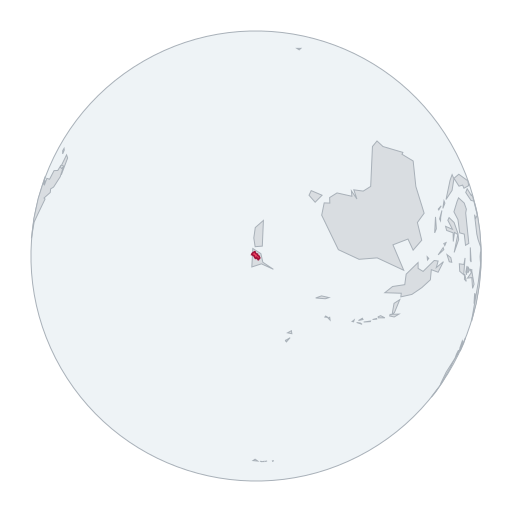 Manawatu-Wanganui highlighted on a globe, orthographic projection, rotated 150°
{"feature_id": "NZL-3334", "entity_name": "Manawatu-Wanganui", "entity_type": "Regional Council", "adm_level": 1, "iso_a3": "NZL", "parent_name": "New Zealand", "parent_adm1": "", "projection": "orthographic", "projection_center": [175.592, -39.627], "detail": "fine", "context": "on_globe", "style": "filled", "palette": "rose", "viewbox_px": 512, "rotation_deg": 150, "n_neighbors": 0, "source": "natural_earth", "source_scale": "10m", "svg_char_len": 5958}
<svg xmlns="http://www.w3.org/2000/svg" viewBox="0 0 512 512"><g transform="rotate(150 256 256)"><circle cx="256" cy="256" r="225" fill="#eef3f6" stroke="#a8b0b8"/><path d="M272.6,166.4L272.9,167.9L272.6,168.1L272.6,166.4ZM401.0,428.4L398.7,430.3L399.7,429.1L404.7,424.2L400.7,426.8L404.1,423.0L398.3,427.8L396.4,425.7L388.2,430.9L384.9,429.2L379.4,432.2L380.9,430.3L380.6,429.0L378.0,429.8L386.0,422.5L396.8,416.9L400.3,416.8L402.4,413.9L410.6,412.2L410.2,410.8L423.8,401.5L431.1,396.4L441.7,383.6L429.5,399.7L415.9,414.7L401.0,428.4ZM358.4,80.5L357.0,77.5L360.9,80.3L358.4,80.5ZM354.1,75.1L355.0,76.2L353.8,75.2L354.1,75.1ZM351.9,74.0L353.5,74.8L351.7,74.2L351.9,74.0ZM348.9,72.9L350.5,73.4L350.3,73.5L348.9,72.9ZM344.2,70.4L342.9,69.8L344.3,69.9L344.2,70.4ZM370.1,435.1L384.1,423.6L377.4,429.9L379.1,431.8L369.5,438.3L370.1,435.1ZM372.4,441.1L370.7,443.9L368.4,445.2L369.1,443.6L372.4,441.1ZM126.9,71.4L125.9,72.4L122.3,75.3L115.5,80.4L120.6,76.0L119.1,77.1L126.9,71.4ZM101.9,91.7L101.5,92.4L95.6,99.4L76.7,122.0L66.2,135.8L64.3,139.1L63.2,139.8L57.1,150.5L55.4,159.4L53.8,164.6L46.1,182.5L46.8,178.9L43.8,180.8L39.9,194.7L42.0,196.6L42.6,206.2L39.5,208.6L39.3,200.7L38.3,201.1L41.0,189.5L42.8,183.1L49.5,166.0L57.5,149.5L66.8,133.8L77.3,118.8L89.0,104.8L101.9,91.7ZM113.3,413.4L115.5,412.9L116.8,415.4L113.3,413.4ZM70.5,206.9L74.7,204.5L74.7,205.5L70.5,206.9ZM66.0,207.3L70.4,203.8L65.6,209.8L66.0,207.3ZM72.2,202.5L76.7,197.2L78.6,194.2L78.5,196.3L72.2,202.5ZM63.2,209.9L50.1,224.5L45.5,228.4L46.0,223.9L53.4,214.8L63.2,209.9ZM45.7,224.3L39.5,225.4L35.0,215.3L36.5,210.6L42.0,210.7L41.6,214.1L45.3,215.0L45.7,224.3ZM62.9,186.6L62.5,195.3L54.7,202.6L51.5,205.1L49.2,197.8L50.4,191.4L52.9,188.4L65.4,160.5L69.2,160.5L64.7,170.8L68.0,174.2L62.9,186.6ZM72.6,145.0L66.1,156.3L72.7,143.2L72.6,145.0ZM77.8,134.4L77.1,137.4L75.9,136.0L77.8,134.4ZM62.2,143.5L59.4,147.5L60.4,145.4L64.5,139.0L62.2,143.5ZM91.0,105.7L87.1,111.7L85.2,114.4L85.8,112.0L91.0,105.7ZM245.6,261.4L252.1,264.5L248.9,272.7L242.4,281.0L231.8,283.1L245.6,261.4ZM175.5,285.0L168.4,275.6L177.9,273.0L179.7,282.1L175.5,285.0ZM250.6,255.6L253.2,247.2L247.6,235.8L255.2,246.5L265.1,248.6L255.0,264.1L250.6,255.6ZM121.9,258.9L100.4,292.6L93.7,295.1L91.3,287.3L77.0,272.3L78.7,271.1L72.4,259.7L82.8,236.3L89.0,209.0L99.5,204.3L104.6,186.8L117.0,182.5L115.9,194.7L131.8,197.2L135.2,169.8L152.0,193.8L168.4,201.6L181.5,220.3L178.7,258.5L170.4,267.9L165.6,264.9L163.0,269.8L154.3,270.1L143.1,259.8L140.8,264.7L140.1,254.9L138.2,264.4L130.7,258.6L121.9,258.9ZM213.6,183.5L217.3,184.3L225.3,189.8L219.2,188.7L213.6,183.5ZM263.8,170.8L267.1,173.7L262.7,173.6L263.8,170.8ZM272.6,168.1L267.3,168.2L272.6,166.4L272.6,168.1ZM224.4,166.8L226.9,168.7L225.7,169.2L224.4,166.8ZM222.8,166.1L223.9,163.4L224.6,166.2L222.8,166.1ZM202.9,151.6L204.4,150.2L205.5,151.2L202.9,151.6ZM81.0,200.1L86.2,189.4L89.7,186.7L81.0,200.1ZM199.5,148.9L195.0,148.9L195.1,147.5L199.5,148.9ZM199.1,145.7L198.3,143.8L202.1,148.1L199.1,145.7ZM189.8,142.0L195.8,145.0L189.3,142.4L189.8,142.0ZM186.8,142.7L182.8,141.6L183.0,141.0L186.8,142.7ZM148.8,151.1L162.8,159.8L153.0,161.3L141.5,156.8L135.0,165.2L118.9,169.3L121.8,164.2L119.0,159.1L103.9,163.0L100.8,160.6L105.7,155.8L96.5,157.4L106.4,150.9L111.0,156.5L116.9,148.2L128.2,145.7L140.2,144.8L151.0,148.2L148.8,151.1ZM107.6,167.5L109.5,166.8L108.1,169.8L107.6,167.5ZM175.3,138.0L181.0,141.3L180.6,142.3L177.9,142.0L175.3,138.0ZM153.3,146.3L164.4,137.8L167.3,137.4L160.1,146.0L153.3,146.3ZM161.2,134.2L166.8,134.1L170.2,137.2L169.1,138.4L161.2,134.2ZM87.3,170.6L87.1,172.9L84.7,172.6L87.3,170.6ZM90.2,167.6L97.7,165.9L89.7,169.7L90.2,167.6ZM70.5,173.7L72.3,177.2L77.9,169.9L73.7,177.5L78.1,182.8L77.0,186.9L72.5,180.9L72.0,191.0L69.6,192.7L67.7,186.0L69.8,174.7L72.2,169.0L82.6,160.0L70.5,173.7ZM89.9,161.7L88.1,157.2L89.6,152.7L91.5,154.4L89.9,161.7ZM83.8,147.6L80.2,144.7L75.9,149.8L85.5,135.9L87.2,140.9L83.8,147.6ZM82.3,137.2L78.2,141.9L83.0,134.5L82.3,137.2ZM77.7,140.7L78.3,137.0L81.0,135.4L77.7,140.7ZM84.2,136.1L86.6,128.9L87.1,131.7L84.2,136.1ZM79.9,129.4L83.9,131.1L76.9,134.4L81.3,122.5L84.6,119.7L79.9,129.4ZM127.7,73.2L129.5,71.3L133.8,68.8L131.4,70.8L127.7,73.2ZM149.4,60.3L135.5,67.6L124.7,74.3L125.9,74.0L119.7,79.4L120.1,77.6L130.9,69.7L138.4,65.5L143.6,61.9L151.5,57.5L156.1,54.5L160.9,52.2L159.1,53.7L149.4,60.3ZM169.7,47.9L174.8,46.0L173.9,46.5L166.3,49.8L163.4,50.8L157.8,53.5L167.3,48.9L169.7,47.9Z" fill="#d9dde1" stroke="#a8b0b8" stroke-width="1"/><path d="M254.7,260.1L254.7,259.9L254.8,259.8L254.8,259.7L254.8,259.4L254.9,259.2L254.9,258.8L254.9,258.6L254.8,258.2L254.7,257.9L254.5,257.6L254.4,257.5L254.1,257.1L253.9,257.0L253.7,256.9L253.7,256.7L253.8,256.6L254.0,256.5L254.0,256.4L254.0,256.2L254.1,255.9L254.2,255.7L254.0,255.4L253.9,255.3L253.9,255.2L253.8,254.9L253.7,254.8L253.5,254.6L253.5,254.4L253.4,254.3L253.3,254.1L253.4,253.9L253.6,253.7L253.6,253.4L253.6,253.2L253.6,252.9L253.6,252.7L253.8,252.7L254.0,252.6L254.1,252.4L254.1,252.2L254.3,252.2L254.5,252.1L254.8,252.1L255.0,252.0L255.1,251.9L255.3,251.8L255.4,251.7L255.6,251.5L255.8,251.5L256.0,251.6L256.1,251.9L256.1,252.0L255.9,252.4L255.8,252.6L255.9,252.8L255.9,253.0L256.0,253.2L255.9,253.3L256.0,253.5L256.1,253.8L256.2,254.0L256.1,254.3L256.0,254.5L256.3,254.7L256.5,254.7L256.8,254.6L256.9,254.4L257.0,254.3L257.2,254.2L257.3,253.9L257.5,254.0L257.6,254.3L257.6,254.6L257.6,254.8L257.5,255.0L257.7,255.3L257.7,255.5L257.8,255.5L257.7,255.8L257.8,255.9L257.8,256.0L257.8,256.3L257.6,256.8L257.6,257.1L257.5,257.4L257.6,257.5L257.9,257.5L258.0,257.7L258.2,257.8L258.2,258.0L258.3,258.1L258.3,258.3L258.4,258.5L258.4,258.8L258.5,259.0L258.9,259.1L259.0,259.2L259.1,259.3L258.9,259.4L258.7,259.7L258.5,259.9L258.4,260.0L258.0,260.2L257.8,260.1L257.6,260.2L257.2,260.3L256.9,260.5L256.7,260.5L256.6,260.3L256.4,260.2L256.3,260.3L256.1,260.4L255.7,260.3L255.4,260.4L255.2,260.4L255.1,260.5L254.9,260.4L254.7,260.2L254.7,260.1Z" fill="#f43f5e" stroke="#9f1239" stroke-width="1.5"/></g></svg>